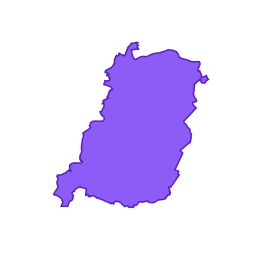 the district of Hodosa, Mures, Romania, rotated 341°
{"feature_id": "2599482B90961317580174", "entity_name": "Hodosa", "entity_type": "district", "adm_level": 2, "iso_a3": "ROU", "parent_name": "Romania", "parent_adm1": "Mures", "projection": "natural_earth1", "projection_center": [24.814, 46.646], "detail": "fine", "context": "isolated", "style": "filled", "palette": "violet", "viewbox_px": 256, "rotation_deg": 341, "n_neighbors": 0, "source": "geoboundaries", "source_scale": "gbopen_adm2", "svg_char_len": 5740}
<svg xmlns="http://www.w3.org/2000/svg" viewBox="0 0 256 256"><g transform="rotate(341 128 128)"><path d="M161.2,189.0L160.1,187.7L161.9,185.4L158.7,182.8L171.6,169.6L171.4,169.4L170.1,166.2L181.2,161.9L182.1,162.1L182.8,160.3L183.0,160.4L184.8,157.2L185.0,155.9L186.0,154.6L186.0,154.1L185.5,153.0L185.3,152.2L185.8,150.4L186.0,150.1L186.0,149.0L184.9,147.3L184.4,145.5L184.4,144.4L183.8,143.2L183.1,142.1L182.6,139.9L191.0,135.6L199.1,131.2L197.6,128.8L197.0,126.5L197.4,125.0L201.3,125.1L201.1,124.6L201.2,124.3L201.6,124.0L201.8,123.3L201.0,121.4L200.9,118.1L200.6,117.5L200.8,116.9L201.4,116.4L201.6,115.9L202.8,114.0L202.7,113.4L202.9,112.9L203.6,111.9L204.0,110.6L204.7,109.7L204.9,109.3L204.7,108.7L204.7,108.3L205.3,108.0L206.2,108.0L206.6,107.8L206.6,107.5L207.3,107.4L208.1,106.7L209.0,106.7L209.5,106.5L209.6,106.2L211.0,106.2L211.2,105.5L212.4,105.3L212.7,105.8L212.4,106.4L212.2,107.0L212.1,108.6L212.5,109.3L214.6,110.4L215.1,110.5L215.5,110.3L216.6,109.5L216.9,108.8L217.3,108.9L219.9,108.2L219.3,106.7L219.1,103.9L216.2,104.4L214.5,104.1L214.0,103.7L214.7,101.8L214.7,100.9L214.5,99.8L214.4,97.1L213.2,97.4L212.7,96.2L212.9,95.6L216.3,91.9L216.7,91.2L217.2,89.9L216.9,89.1L216.9,88.4L212.6,87.1L209.5,85.8L206.5,83.2L201.4,79.7L200.1,78.3L199.4,76.6L199.6,74.3L198.5,71.6L196.9,70.0L195.9,69.3L191.4,67.1L186.3,67.4L185.0,67.1L182.6,67.3L178.9,66.3L177.5,66.3L176.1,65.9L170.1,66.5L168.6,66.5L165.3,65.1L162.9,64.8L160.5,65.1L157.5,65.8L156.9,65.2L156.4,64.4L155.9,62.5L155.9,61.1L156.1,60.0L155.8,59.0L155.8,58.7L156.5,57.0L156.5,55.9L156.4,55.3L162.9,56.4L163.1,56.8L163.5,56.9L163.4,56.2L163.6,55.8L163.0,55.0L162.9,54.5L163.1,54.2L163.6,53.9L163.5,53.5L163.6,53.3L164.5,53.1L164.2,52.9L164.1,52.4L163.9,51.8L164.0,51.3L164.4,50.5L165.1,50.6L164.8,50.2L164.2,49.9L163.8,50.0L163.0,49.7L162.6,49.7L160.3,49.5L159.8,49.7L159.2,49.6L158.9,48.9L158.3,49.2L157.6,50.0L157.1,50.4L156.0,50.7L155.6,51.1L154.9,51.1L154.3,52.0L153.5,52.2L153.5,52.4L153.9,52.6L153.4,52.9L153.2,53.3L152.1,54.2L151.3,55.8L150.7,55.8L150.3,56.0L150.3,56.7L149.9,57.4L149.2,57.9L148.7,58.0L148.5,58.4L148.1,58.1L147.6,58.4L146.9,57.9L147.1,57.4L146.4,57.2L144.9,55.6L144.6,54.9L144.0,54.5L143.6,54.4L143.4,54.6L143.2,56.1L142.0,56.5L141.0,56.4L140.9,55.6L140.6,55.6L139.3,56.9L138.7,57.9L137.9,58.5L137.5,58.9L137.3,59.2L137.2,60.3L136.0,62.3L136.3,62.4L135.8,63.0L135.2,63.3L135.2,63.7L134.2,63.9L131.9,65.6L131.3,65.5L126.0,66.3L124.9,67.0L124.5,68.1L125.0,68.2L125.5,68.7L126.3,69.0L126.2,69.6L126.4,70.1L127.0,70.4L127.2,70.8L126.3,70.6L125.8,70.6L125.1,71.1L124.9,71.5L125.0,71.7L125.5,71.6L126.7,72.5L126.8,73.4L126.4,74.1L127.2,74.2L127.2,74.6L126.9,74.7L127.1,75.0L126.9,75.3L127.0,75.8L126.0,76.5L125.8,77.0L125.2,77.3L124.8,76.9L123.8,76.8L121.6,75.7L119.3,79.1L122.1,80.9L124.0,82.7L125.0,83.3L125.3,84.6L126.0,85.8L126.1,86.4L123.9,86.3L123.7,87.1L122.5,86.9L122.1,87.6L120.9,89.0L121.1,89.2L118.2,92.0L118.5,92.6L119.1,93.4L113.6,93.8L113.4,94.1L114.3,94.5L111.7,96.6L113.2,97.1L112.8,98.3L112.6,98.6L112.7,98.9L112.3,100.0L110.0,101.7L109.3,103.1L108.0,103.6L106.7,103.6L106.8,104.4L107.2,107.5L107.7,107.6L108.7,110.0L108.8,111.0L108.5,111.6L108.0,112.3L106.5,113.4L98.7,110.6L96.9,110.2L95.0,110.8L94.5,110.7L94.2,111.0L94.0,111.4L92.8,112.9L92.1,113.5L92.8,115.6L89.1,116.8L87.2,117.0L84.7,117.9L83.7,118.1L83.8,118.5L83.4,121.1L82.7,121.9L82.4,122.7L81.1,124.0L80.1,126.5L79.1,127.7L78.2,130.2L77.6,131.4L77.1,132.8L76.6,135.2L75.5,136.7L74.9,137.1L73.8,138.3L73.7,138.7L73.3,139.1L73.5,139.4L73.4,139.7L73.0,140.3L72.9,140.9L72.5,141.0L72.7,141.5L72.4,141.8L72.4,142.1L73.2,143.1L72.4,143.7L72.7,144.1L74.0,144.9L72.0,146.1L69.6,144.8L67.2,144.2L65.6,143.3L62.4,143.4L61.8,143.9L60.7,144.2L59.3,148.1L59.7,149.0L60.3,149.5L60.3,149.9L59.9,150.3L58.4,148.8L58.1,148.7L56.3,149.1L54.6,150.3L52.8,150.0L49.9,150.7L45.9,149.6L44.9,150.8L45.4,151.5L45.1,153.2L45.0,153.7L44.8,154.1L43.4,155.6L43.0,156.4L42.7,158.8L42.7,159.4L43.1,159.9L42.7,160.8L41.1,162.5L37.5,165.1L36.1,166.7L38.9,168.9L40.2,170.2L42.3,173.3L42.3,173.8L42.2,174.4L41.9,174.7L42.3,175.2L42.6,175.3L42.4,176.7L39.3,180.3L45.3,182.4L45.8,182.1L47.9,179.4L49.0,178.3L49.4,178.1L50.8,178.3L51.4,178.1L52.2,177.5L53.1,176.4L53.3,175.6L54.5,174.0L53.7,173.0L53.8,172.2L54.0,171.2L54.6,170.6L55.4,170.3L56.6,170.6L56.6,169.8L58.5,168.9L58.9,168.4L61.5,168.2L63.6,167.7L63.9,168.5L66.0,170.0L68.8,171.9L66.1,177.8L68.4,177.7L68.4,178.0L67.9,178.2L68.4,178.4L68.9,179.1L68.5,179.3L68.3,179.8L69.4,180.3L69.4,180.5L70.5,180.5L70.5,180.2L72.6,180.5L73.4,180.9L74.9,182.6L75.9,184.3L76.4,184.0L77.1,184.8L79.4,186.9L80.7,187.7L83.2,190.3L86.2,192.6L86.8,193.9L87.2,194.0L87.5,194.0L88.3,193.3L88.5,193.3L89.6,194.2L89.2,194.9L89.6,195.2L90.9,194.0L92.3,193.2L92.7,193.3L93.9,194.0L94.7,194.2L96.8,196.2L97.4,197.3L97.4,197.9L99.3,201.3L101.5,201.1L102.2,201.5L103.2,203.4L103.5,203.6L105.0,203.7L106.6,204.7L107.7,204.5L107.8,204.1L107.6,203.6L107.7,203.3L108.0,203.1L108.5,202.9L109.2,202.9L109.9,203.8L110.9,203.7L112.3,203.1L112.8,202.3L113.1,202.1L114.5,201.6L116.7,202.1L116.8,202.5L118.3,202.9L119.4,203.1L121.3,203.0L122.0,203.4L122.8,203.5L123.0,204.6L126.4,206.6L128.7,206.8L129.9,206.7L131.2,206.3L133.1,205.9L135.2,206.3L136.9,206.8L140.4,207.1L140.7,206.8L140.9,206.2L141.2,206.2L141.3,205.9L142.0,205.7L142.2,205.1L143.2,205.1L143.4,205.0L143.3,204.7L143.5,204.6L143.9,204.8L144.2,204.3L145.4,204.6L145.6,204.3L146.1,204.3L146.0,204.1L146.3,204.0L146.3,203.6L146.5,203.6L146.8,203.2L146.6,202.6L147.0,202.4L146.9,202.2L146.6,202.1L146.9,201.7L146.4,201.3L146.4,201.2L147.0,200.9L147.0,200.6L147.3,200.2L147.4,199.3L147.1,199.1L147.0,198.9L147.1,197.9L147.4,197.5L147.3,197.0L149.2,197.8L161.2,189.0Z" fill="#8b5cf6" stroke="#5b21b6" stroke-width="1.5"/></g></svg>